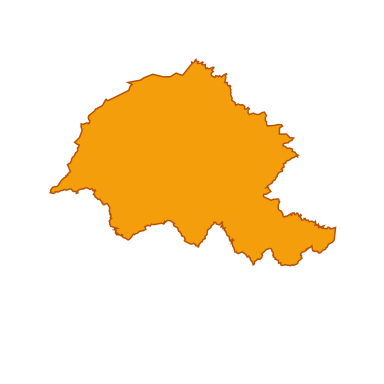 outline of Cuautitlán de García Barragán, Jalisco, Mexico, rotated 233°
{"feature_id": "50627088B76976596426354", "entity_name": "Cuautitlán de García Barragán", "entity_type": "district", "adm_level": 2, "iso_a3": "MEX", "parent_name": "Mexico", "parent_adm1": "Jalisco", "projection": "equal_earth", "projection_center": [-104.358, 19.461], "detail": "fine", "context": "isolated", "style": "filled", "palette": "amber", "viewbox_px": 384, "rotation_deg": 233, "n_neighbors": 0, "source": "geoboundaries", "source_scale": "gbopen_adm2", "svg_char_len": 6066}
<svg xmlns="http://www.w3.org/2000/svg" viewBox="0 0 384 384"><g transform="rotate(233 192 192)"><path d="M250.3,284.7L253.2,285.2L253.1,286.4L253.7,286.6L254.6,286.1L255.5,284.6L257.1,285.0L258.3,286.2L259.8,283.9L263.1,288.0L265.1,288.8L265.2,290.5L265.9,290.5L266.4,287.3L266.1,284.8L268.4,283.9L268.0,282.4L269.5,282.0L270.6,280.9L269.8,279.5L270.5,278.7L273.3,277.7L274.9,278.4L275.4,280.0L275.3,281.5L277.5,281.2L277.8,283.7L278.4,284.4L279.1,283.7L280.0,279.7L281.8,279.0L281.7,277.6L282.2,277.2L282.6,277.9L283.6,277.7L285.8,279.4L286.8,277.4L287.8,276.6L288.9,278.8L289.6,278.5L289.6,276.5L291.3,273.8L292.0,274.2L292.3,275.6L294.1,274.1L295.3,274.9L295.3,273.7L294.2,271.8L294.5,270.6L295.9,269.9L294.5,269.2L290.8,254.5L296.5,250.8L297.1,244.1L301.1,238.5L309.6,231.5L312.2,222.2L312.3,218.3L318.0,206.8L314.0,208.9L313.8,206.8L312.3,204.1L311.1,202.9L315.4,180.5L316.4,179.1L317.5,179.4L317.7,178.6L315.0,172.7L315.2,169.5L315.9,167.7L315.5,166.8L316.3,165.0L315.3,162.9L315.1,155.5L313.9,154.0L311.9,153.1L310.6,153.4L309.0,151.8L309.4,150.8L308.9,150.4L310.5,149.5L311.7,145.4L313.1,144.5L310.8,142.6L307.4,141.5L303.1,134.7L302.3,128.1L298.5,129.3L297.4,130.2L296.1,128.2L296.3,127.2L293.8,125.6L293.3,124.5L293.3,122.6L291.7,119.8L291.6,117.9L290.7,115.4L289.6,114.6L288.3,111.7L288.7,111.0L288.8,109.0L281.6,107.3L281.1,103.3L280.1,102.4L281.0,101.3L279.9,100.3L280.3,98.9L279.9,94.8L277.6,88.3L277.9,86.8L278.9,85.6L279.5,83.5L278.4,79.9L276.8,79.3L276.7,78.4L274.0,80.8L273.9,81.8L274.4,83.0L272.5,85.2L272.0,88.1L270.9,90.2L270.9,91.6L269.1,92.7L267.8,96.6L267.0,97.3L264.0,97.4L262.1,99.9L260.6,98.8L260.0,100.3L261.4,101.0L261.9,102.6L260.4,106.6L259.6,107.3L259.6,108.7L258.8,110.5L255.4,112.2L254.8,114.2L252.6,113.7L252.2,115.6L251.1,115.6L251.6,114.6L250.3,113.8L249.3,111.7L248.0,112.4L246.3,111.7L245.0,112.4L242.7,112.3L242.0,114.0L240.1,113.8L238.7,114.3L237.4,113.5L236.6,114.0L235.3,113.5L234.6,114.3L234.4,116.7L233.5,117.4L229.2,117.0L226.3,114.3L223.2,113.7L223.6,113.0L221.5,112.8L220.7,111.2L219.2,111.7L219.3,110.6L218.4,108.2L217.3,108.2L216.3,107.2L213.6,106.4L208.0,110.4L209.0,108.3L208.2,108.3L208.6,107.1L206.9,108.3L206.4,107.2L205.7,106.9L203.1,107.9L203.3,106.8L204.3,106.2L203.2,106.1L202.1,107.8L199.7,109.1L200.4,110.1L199.4,110.6L199.0,109.7L196.9,109.7L195.2,111.1L192.2,112.1L191.9,113.6L192.3,116.2L193.8,119.7L192.5,120.5L192.7,122.0L191.9,123.5L192.2,126.3L190.3,130.2L190.5,131.0L189.8,132.6L192.8,133.5L192.2,135.4L192.5,135.9L190.0,138.3L190.7,140.3L189.0,141.7L185.5,148.8L183.5,150.2L183.4,150.9L184.5,151.3L184.1,152.0L184.7,152.6L183.9,152.7L184.0,155.6L181.9,157.5L177.5,158.9L177.7,158.1L177.1,157.5L175.8,157.2L171.9,159.0L168.8,157.7L168.1,158.5L166.5,158.1L165.5,158.6L163.4,157.3L160.8,158.8L158.5,158.2L157.9,156.7L157.3,156.6L151.7,159.3L150.9,160.0L149.9,162.4L147.5,163.2L146.9,162.7L145.6,163.9L144.4,163.8L144.3,164.4L145.9,166.2L146.6,169.9L146.3,170.5L147.4,172.1L146.8,174.5L148.8,175.6L148.9,178.4L152.2,181.3L152.3,185.9L153.0,186.2L153.4,187.5L153.5,190.5L154.6,191.3L153.3,192.7L152.0,192.1L149.6,193.7L149.2,194.4L149.9,197.9L149.0,197.9L148.8,196.7L147.3,196.5L147.3,194.7L146.5,194.1L146.1,196.0L143.9,194.7L143.5,196.7L141.8,194.7L140.4,195.2L136.1,194.0L134.1,194.9L131.0,193.1L129.9,193.1L130.0,195.9L129.2,195.3L128.5,196.1L128.5,193.6L127.9,193.8L127.8,192.6L127.7,193.0L127.2,192.5L127.1,193.1L125.5,192.8L124.2,191.9L122.4,191.9L118.2,190.2L117.5,191.4L116.0,191.3L114.9,192.0L114.0,196.0L110.0,197.4L106.8,197.0L106.9,198.5L106.6,198.7L105.0,198.3L104.4,198.9L103.0,197.9L99.4,197.9L97.0,197.0L97.1,198.6L98.9,200.2L98.6,202.1L99.0,204.1L97.2,205.7L97.8,206.7L97.5,207.7L99.1,210.1L100.8,210.5L100.7,213.0L101.3,216.8L100.2,220.0L98.8,221.2L96.3,220.2L95.1,220.5L93.3,219.5L93.1,218.6L92.0,218.7L91.2,217.9L90.0,218.6L88.4,218.6L88.3,218.0L85.6,219.7L83.0,218.4L82.0,220.3L80.2,219.1L79.3,219.5L78.0,222.4L73.9,226.3L73.5,228.5L72.4,228.7L71.6,231.6L71.5,233.7L72.6,234.9L73.0,240.0L73.8,239.9L75.3,241.2L76.3,240.6L77.1,241.2L77.8,243.8L76.9,245.5L76.7,248.2L77.6,248.6L77.3,249.9L76.7,250.2L77.3,251.4L76.5,252.6L76.9,255.3L72.6,253.0L70.5,254.5L69.0,256.6L67.6,256.3L66.5,257.0L66.2,258.0L66.7,261.3L66.0,264.3L66.9,265.5L66.6,266.7L68.2,269.4L67.4,273.6L68.0,276.6L77.3,285.3L78.7,281.3L79.8,280.0L80.6,280.5L82.1,279.4L81.5,277.5L85.3,273.8L85.9,274.3L85.1,275.5L85.6,277.0L87.3,271.7L87.8,271.8L87.7,273.4L88.5,273.0L90.2,273.5L89.9,271.8L91.0,271.8L91.4,270.4L92.4,271.8L94.3,272.8L94.1,271.3L96.5,270.2L97.8,267.6L99.4,268.0L100.5,266.1L102.6,266.5L103.3,265.6L102.4,265.5L102.3,264.6L103.6,262.8L104.3,262.6L105.2,263.4L107.0,263.1L107.6,265.3L108.5,265.2L108.5,262.9L111.3,263.6L112.1,263.0L111.6,261.3L112.1,260.4L113.7,261.0L114.9,259.2L113.7,258.0L113.7,257.2L115.2,257.4L115.6,252.6L116.5,252.0L116.5,250.6L118.0,250.2L119.6,251.2L123.1,251.8L125.0,250.6L127.0,250.9L129.9,253.3L131.7,256.3L132.6,255.9L133.9,256.9L134.9,256.3L136.4,253.3L137.2,252.9L137.7,250.2L145.3,246.3L147.0,247.8L145.5,250.3L145.0,255.3L149.2,255.3L149.8,255.9L150.8,253.8L151.5,256.4L151.0,261.8L152.1,262.7L151.8,265.8L153.2,268.3L153.1,269.3L154.0,269.9L155.1,272.3L155.1,273.9L154.2,276.5L155.1,277.5L156.4,277.1L156.9,279.3L156.3,279.9L156.5,280.5L159.5,282.1L158.7,284.5L159.5,285.0L159.8,286.9L159.0,288.2L158.9,292.9L158.2,293.8L158.2,296.7L156.6,297.4L157.3,297.7L157.4,298.9L158.5,298.1L161.7,298.2L164.1,296.5L165.7,298.0L168.6,296.2L169.1,294.6L172.2,293.8L174.5,292.5L175.6,294.3L173.4,298.7L173.9,300.1L173.1,302.6L174.0,305.6L176.4,302.8L181.3,302.4L185.7,296.6L190.5,300.5L190.1,303.9L191.9,303.9L194.0,301.4L195.5,298.0L199.4,291.9L202.1,292.7L203.2,293.9L204.9,293.5L207.4,295.6L208.3,297.4L212.2,297.9L213.2,295.9L213.5,292.2L215.5,289.9L218.1,288.4L219.2,284.5L221.5,284.3L223.7,286.1L223.8,287.8L225.2,287.8L225.8,287.4L225.6,285.5L226.2,284.4L227.0,284.0L228.4,285.6L231.3,284.9L232.3,283.1L234.6,281.7L235.0,279.1L237.4,280.2L241.5,279.0L242.8,280.5L246.7,281.5L247.8,282.9L249.1,283.2L250.3,284.7Z" fill="#f59e0b" stroke="#b45309" stroke-width="1.5"/></g></svg>